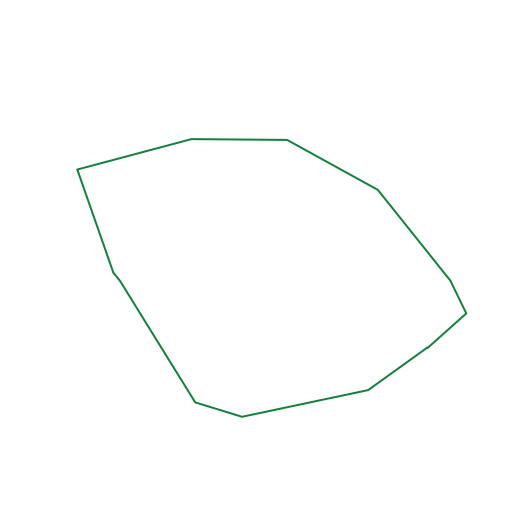 Forestiere, Castries, Saint Lucia (Natural Earth projection), rotated 142°
{"feature_id": "8701671B66587320665101", "entity_name": "Forestiere", "entity_type": "district", "adm_level": 2, "iso_a3": "LCA", "parent_name": "Saint Lucia", "parent_adm1": "Castries", "projection": "natural_earth1", "projection_center": [-60.956, 13.977], "detail": "fine", "context": "isolated", "style": "outline", "palette": "green", "viewbox_px": 512, "rotation_deg": 142, "n_neighbors": 0, "source": "geoboundaries", "source_scale": "gbopen_adm2", "svg_char_len": 565}
<svg xmlns="http://www.w3.org/2000/svg" viewBox="0 0 512 512"><g transform="rotate(142 256 256)"><path d="M378.6,331.0L378.7,330.6L378.6,328.2L378.5,319.8L383.4,275.3L383.5,274.4L393.7,180.8L393.7,180.6L394.0,178.0L371.3,145.5L366.0,137.9L326.7,118.7L251.2,81.8L250.3,81.3L185.3,78.7L177.5,78.4L177.3,77.9L165.3,78.7L125.7,81.3L125.6,81.6L125.4,82.4L118.0,117.0L119.0,207.3L119.3,233.1L151.2,307.7L159.8,327.8L160.0,328.3L225.4,380.3L235.0,387.9L343.1,434.0L343.6,434.1L376.4,337.4L377.2,335.0L378.6,331.0Z" fill="none" stroke="#15803d" stroke-width="2"/></g></svg>